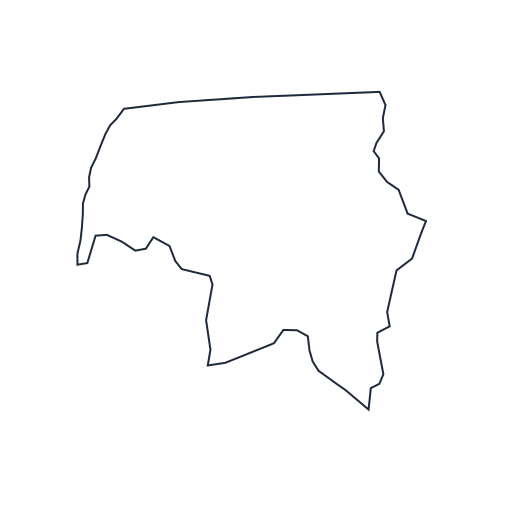 Brejo dos Santos, Paraíba, Brazil, rotated 252°
{"feature_id": "56859067B29664583774319", "entity_name": "Brejo dos Santos", "entity_type": "district", "adm_level": 2, "iso_a3": "BRA", "parent_name": "Brazil", "parent_adm1": "Paraíba", "projection": "albers", "projection_center": [-37.855, -6.391], "detail": "fine", "context": "isolated", "style": "outline", "palette": "slate", "viewbox_px": 512, "rotation_deg": 252, "n_neighbors": 0, "source": "geoboundaries", "source_scale": "gbopen_adm2", "svg_char_len": 973}
<svg xmlns="http://www.w3.org/2000/svg" viewBox="0 0 512 512"><g transform="rotate(252 256 256)"><path d="M75.2,315.6L94.9,324.4L96.3,333.8L104.2,340.6L137.2,344.8L145.5,347.7L147.8,361.4L162.1,363.4L179.2,373.5L198.9,385.2L205.3,403.6L227.0,420.4L236.7,428.5L249.4,413.3L274.9,412.1L285.8,403.6L298.4,398.9L310.8,403.2L319.4,400.3L326.4,405.6L335.1,416.2L348.1,419.3L359.5,425.8L373.9,424.3L408.3,301.8L426.2,230.4L436.8,175.9L429.5,165.6L425.4,157.7L418.9,150.8L409.6,142.9L398.6,134.0L390.7,126.3L382.5,121.6L373.4,118.9L367.3,112.9L359.5,107.7L349.0,104.1L336.1,98.9L324.9,93.8L313.5,86.9L302.9,83.5L301.4,93.4L324.9,109.7L322.2,120.7L311.1,132.8L298.4,142.9L297.0,153.5L305.6,164.2L292.3,176.8L276.2,177.7L266.5,181.3L251.4,205.8L242.3,205.8L210.4,188.7L180.9,183.7L166.8,176.3L163.9,193.8L167.5,246.1L177.2,259.2L172.7,272.1L163.6,280.5L149.8,277.7L138.3,277.3L127.5,280.0L111.6,291.6L100.5,299.9L75.2,315.6Z" fill="none" stroke="#1e293b" stroke-width="2"/></g></svg>